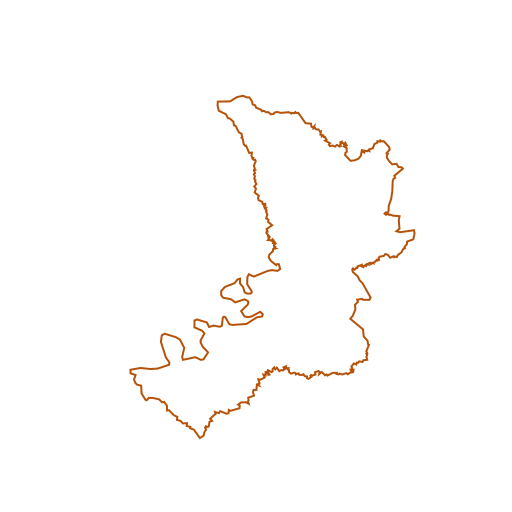 Na Yia, Ubon Ratchathani, Thailand (Mercator projection), rotated 237°
{"feature_id": "78962969B61476236421292", "entity_name": "Na Yia", "entity_type": "district", "adm_level": 2, "iso_a3": "THA", "parent_name": "Thailand", "parent_adm1": "Ubon Ratchathani", "projection": "mercator", "projection_center": [105.071, 15.065], "detail": "fine", "context": "isolated", "style": "outline", "palette": "amber", "viewbox_px": 512, "rotation_deg": 237, "n_neighbors": 0, "source": "geoboundaries", "source_scale": "gbopen_adm2", "svg_char_len": 6147}
<svg xmlns="http://www.w3.org/2000/svg" viewBox="0 0 512 512"><g transform="rotate(237 256 256)"><path d="M406.3,308.1L403.3,305.8L398.1,303.9L391.2,308.0L387.0,307.5L385.3,309.0L381.0,310.2L377.6,308.7L376.2,309.8L369.1,309.0L366.4,310.4L363.2,309.3L363.2,308.4L361.3,308.6L356.4,306.6L354.1,307.0L353.9,307.8L346.2,306.4L344.9,308.9L342.8,306.9L340.4,306.3L339.8,307.0L339.4,306.1L337.8,306.5L337.3,307.7L335.6,307.4L333.0,303.5L330.0,302.6L329.4,301.6L328.7,302.0L328.9,300.9L326.0,300.3L325.7,298.7L323.4,298.5L321.8,296.6L319.9,296.9L319.1,295.7L316.2,295.6L315.2,292.4L312.6,292.7L309.9,289.5L304.9,291.2L303.7,289.3L301.4,288.6L297.9,290.8L295.8,289.9L294.7,292.2L293.1,291.2L293.7,290.2L292.7,289.6L291.3,289.4L290.9,290.3L290.6,289.4L289.5,289.9L288.1,289.5L288.1,288.7L284.4,288.0L282.1,285.0L279.7,286.2L278.0,284.7L273.0,286.3L272.8,279.6L270.3,279.0L270.8,278.3L269.8,277.3L264.6,277.9L264.2,277.3L265.3,276.7L263.3,276.0L262.9,274.7L260.3,278.1L261.0,278.9L259.7,279.2L259.6,277.8L258.4,278.6L257.7,277.6L257.1,278.9L256.6,278.2L255.8,279.1L255.1,276.8L253.9,276.8L254.3,275.6L253.0,276.9L252.5,275.9L251.7,276.5L252.5,274.2L250.9,272.9L249.9,268.0L248.0,265.9L243.8,265.8L237.3,268.0L237.8,268.9L236.7,270.7L232.0,269.2L231.8,266.0L235.5,261.6L237.1,257.8L239.9,243.0L244.6,240.0L243.0,237.3L237.3,233.3L228.6,233.1L227.6,232.4L227.5,230.9L229.3,228.1L231.7,226.7L236.8,228.2L241.8,227.7L245.7,230.3L246.4,227.7L244.9,223.3L247.0,213.1L245.6,207.7L242.1,205.5L238.9,205.7L233.3,211.5L228.4,213.3L225.9,222.8L222.8,224.6L221.0,224.3L219.6,222.2L217.9,213.5L211.7,213.4L209.4,215.5L207.7,219.2L206.9,229.1L203.5,230.0L202.0,228.2L204.1,223.2L204.2,211.0L211.0,198.7L213.4,196.4L221.3,197.0L222.6,196.0L222.4,194.6L216.0,189.3L216.4,187.1L220.8,182.4L222.0,178.0L227.1,178.6L234.8,172.0L235.4,169.3L229.7,165.5L222.5,170.2L219.1,170.5L215.4,163.6L213.5,162.4L208.7,161.9L201.3,163.3L197.9,155.7L198.9,153.3L204.2,149.9L208.7,138.2L211.4,139.0L218.1,145.8L227.5,146.7L231.8,144.4L240.5,137.1L240.8,133.8L235.8,129.5L220.1,125.2L213.9,125.4L212.1,123.9L215.1,112.3L218.8,105.8L225.0,98.1L229.0,88.7L225.9,86.9L221.8,90.2L218.8,86.4L215.5,85.7L213.0,86.1L209.8,89.1L203.1,85.2L195.6,85.0L194.5,85.8L195.4,88.9L193.0,92.3L188.5,96.7L184.4,97.5L183.8,99.5L179.0,99.8L174.9,97.2L174.1,99.0L167.4,100.3L163.9,102.4L161.6,100.4L158.9,102.9L155.4,103.5L153.4,107.1L151.1,105.2L148.5,107.9L147.4,106.9L144.3,109.3L133.9,109.8L133.9,114.3L136.3,116.7L137.6,119.7L139.8,119.8L140.5,121.3L139.5,121.6L138.7,123.5L142.3,126.7L141.7,129.4L144.5,128.9L145.7,136.3L147.5,136.7L144.4,139.3L145.4,141.4L139.8,145.4L139.1,147.3L141.7,149.4L140.1,150.2L137.3,159.2L139.3,160.8L141.1,160.1L141.3,163.8L138.8,167.9L136.1,169.4L138.4,170.0L138.9,171.1L141.4,172.3L140.0,178.2L143.5,179.4L145.0,181.0L143.5,183.5L147.6,186.6L145.8,187.9L147.5,187.8L147.1,189.5L151.3,190.8L150.0,192.2L149.3,197.0L152.4,197.6L150.6,199.0L153.5,200.9L152.9,201.9L151.9,200.9L150.4,202.1L149.5,201.7L149.2,202.7L152.9,202.8L153.7,203.8L150.1,205.9L150.2,207.1L152.2,208.4L152.6,210.6L150.5,210.4L151.0,212.7L146.8,212.8L146.5,215.2L145.4,216.3L145.4,218.3L147.6,218.4L147.2,221.1L145.5,220.1L144.3,222.1L143.6,220.9L142.8,221.6L140.6,220.5L138.3,221.2L137.4,224.5L136.2,225.4L135.0,224.9L134.4,227.7L132.8,227.6L131.1,229.9L131.1,231.3L128.6,231.5L127.2,233.2L125.9,232.2L124.3,233.2L124.5,236.6L125.9,236.5L126.3,237.3L125.1,238.0L124.2,241.3L126.4,242.1L125.5,245.8L124.3,246.3L122.5,244.5L122.8,248.0L118.3,248.9L118.2,250.7L116.8,250.8L116.2,256.7L114.0,260.1L113.2,259.3L111.7,260.8L111.9,262.0L109.7,263.7L108.5,268.0L106.8,268.5L107.0,271.1L105.7,274.1L107.1,275.5L107.4,273.1L109.3,273.5L108.5,275.4L111.4,275.9L112.6,279.6L110.4,281.0L111.7,282.5L110.8,283.5L111.4,285.1L109.1,287.7L110.1,289.2L108.4,292.7L111.3,293.7L112.5,295.4L113.9,295.3L113.9,296.4L116.0,296.6L120.0,302.4L120.9,301.9L124.2,303.4L129.9,302.5L136.1,305.8L152.0,300.9L153.1,304.5L157.0,310.2L161.2,312.5L162.0,316.5L164.3,317.1L162.1,321.8L161.0,321.9L157.5,327.2L158.7,329.5L175.2,330.5L179.1,329.7L183.6,330.2L189.8,328.5L192.3,329.4L192.8,330.6L190.8,331.2L191.2,333.7L192.1,333.3L190.8,334.6L192.0,335.7L191.0,339.8L189.9,338.8L188.4,339.9L189.1,340.5L188.2,341.5L188.9,342.9L187.7,343.3L188.8,344.8L187.4,345.9L188.4,346.2L188.2,348.0L186.6,348.0L187.0,349.2L185.9,350.4L186.7,350.5L186.2,352.3L186.8,353.9L186.0,355.2L186.9,355.5L185.8,357.1L187.7,357.8L188.1,359.3L186.5,363.3L187.2,365.5L185.3,367.2L181.4,367.6L180.9,371.1L179.9,371.1L180.2,371.8L178.4,373.6L179.6,375.5L179.9,380.1L181.5,382.7L181.5,385.3L182.5,385.3L183.9,389.2L185.8,390.6L184.3,397.0L188.6,401.3L191.6,402.5L197.5,389.7L200.3,387.3L200.7,391.2L208.4,395.3L211.2,398.1L215.4,392.7L217.9,390.9L217.9,390.0L219.7,389.4L219.8,387.4L221.5,386.9L221.9,388.6L220.7,390.2L221.2,391.4L225.8,394.7L230.2,400.4L236.1,405.6L244.4,411.5L245.8,413.3L245.8,415.3L248.0,415.7L249.2,426.7L250.9,426.6L253.0,423.9L256.7,424.1L258.6,420.2L262.5,419.4L267.0,419.3L269.2,420.5L269.8,422.2L271.2,421.6L272.4,426.1L274.9,427.0L282.7,425.7L283.2,424.3L285.2,423.2L284.4,422.2L286.2,420.4L285.0,419.4L285.4,416.2L282.7,412.7L283.8,409.2L282.3,408.3L283.5,407.8L283.2,406.5L285.0,404.7L283.7,403.2L284.7,402.5L286.4,403.2L287.1,402.4L283.0,398.6L281.8,395.0L282.5,390.8L284.4,387.1L292.2,385.7L293.8,387.2L294.0,388.9L297.4,390.9L299.8,389.5L299.4,392.4L302.3,392.5L301.1,390.3L303.0,390.7L304.4,389.0L305.2,390.0L305.5,388.8L302.5,387.2L303.2,386.8L302.3,385.8L305.1,384.3L304.7,381.8L306.8,380.6L307.9,377.8L309.7,377.8L310.3,379.5L315.2,376.8L315.1,378.5L318.2,378.7L318.8,377.6L320.3,378.1L320.5,376.4L321.7,377.2L322.7,376.1L325.0,378.2L325.1,377.4L328.0,377.4L329.6,375.3L331.4,375.3L331.7,373.8L333.1,375.4L332.8,373.8L334.3,372.9L337.0,374.2L340.4,369.9L353.0,369.4L354.2,367.5L355.3,367.4L354.9,365.8L356.5,364.1L356.2,363.3L358.7,361.9L362.5,354.8L365.4,352.0L366.2,349.5L365.6,348.1L366.8,345.6L370.1,344.6L370.9,342.8L373.2,341.9L374.2,339.8L375.5,340.1L380.5,336.8L382.8,337.4L384.9,335.8L388.0,336.9L392.7,336.8L393.8,334.9L397.4,332.4L399.6,326.8L399.8,318.4L406.3,308.1Z" fill="none" stroke="#b45309" stroke-width="2"/></g></svg>